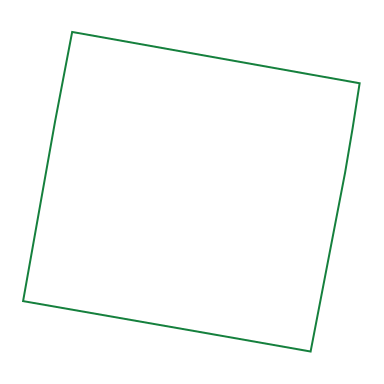 Morgan, Colorado, United States of America, rotated 10°
{"feature_id": "52423323B36386554823718", "entity_name": "Morgan", "entity_type": "district", "adm_level": 2, "iso_a3": "USA", "parent_name": "United States of America", "parent_adm1": "Colorado", "projection": "robinson", "projection_center": [-103.707, 40.263], "detail": "fine", "context": "isolated", "style": "outline", "palette": "green", "viewbox_px": 384, "rotation_deg": 10, "n_neighbors": 0, "source": "geoboundaries", "source_scale": "gbopen_adm2", "svg_char_len": 279}
<svg xmlns="http://www.w3.org/2000/svg" viewBox="0 0 384 384"><g transform="rotate(10 192 192)"><path d="M339.1,101.2L338.2,55.8L289.0,55.7L46.2,55.2L44.9,146.2L44.6,328.8L235.9,328.5L336.5,328.5L339.4,146.4L339.1,101.2Z" fill="none" stroke="#15803d" stroke-width="2"/></g></svg>